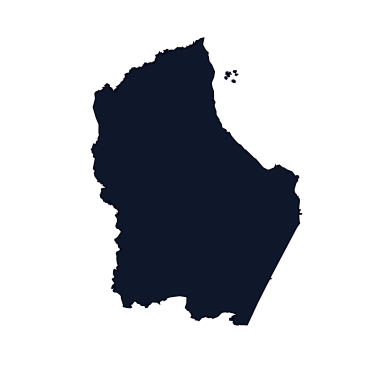 Rembang, Jawa Tengah, Indonesia (Robinson projection), rotated 72°
{"feature_id": "22746128B94981829239468", "entity_name": "Rembang", "entity_type": "district", "adm_level": 2, "iso_a3": "IDN", "parent_name": "Indonesia", "parent_adm1": "Jawa Tengah", "projection": "robinson", "projection_center": [111.414, -6.77], "detail": "fine", "context": "isolated", "style": "filled", "palette": "ink", "viewbox_px": 384, "rotation_deg": 72, "n_neighbors": 0, "source": "geoboundaries", "source_scale": "gbopen_adm2", "svg_char_len": 5929}
<svg xmlns="http://www.w3.org/2000/svg" viewBox="0 0 384 384"><g transform="rotate(72 192 192)"><path d="M262.4,297.2L264.2,293.8L267.8,291.5L269.4,291.2L271.4,291.8L278.1,291.8L279.6,292.5L281.3,290.0L283.0,286.0L282.7,285.2L279.6,285.9L279.9,283.7L277.9,281.1L278.1,279.1L281.1,277.8L281.2,276.8L282.4,275.7L284.1,275.1L285.2,271.9L287.5,271.5L287.6,270.0L286.4,268.7L284.8,269.6L285.8,266.9L284.0,263.8L286.0,258.8L287.9,257.5L286.5,257.3L285.9,256.3L285.2,252.1L286.4,252.0L286.1,249.9L285.4,250.0L284.8,248.4L284.7,245.8L286.5,235.8L290.0,228.9L296.3,231.1L300.0,233.9L303.1,232.5L304.4,230.8L306.0,230.8L307.5,229.9L308.2,230.2L308.8,229.6L311.0,231.4L313.3,228.0L314.5,228.0L315.5,225.9L316.3,225.2L314.2,221.5L314.6,219.2L313.8,218.3L316.5,214.9L317.0,211.9L318.3,211.4L318.1,206.2L315.5,201.0L315.9,197.6L317.1,195.4L317.5,192.7L318.4,192.2L319.5,190.0L321.7,187.6L323.0,187.1L323.2,187.7L322.6,190.4L323.0,190.7L323.0,192.2L323.8,192.6L324.9,191.2L325.3,191.6L324.0,194.8L324.2,195.3L325.5,195.5L326.5,192.7L327.9,192.3L329.2,193.1L330.2,192.3L330.9,192.5L332.6,189.2L332.2,188.2L333.4,185.9L333.1,184.5L333.6,184.7L335.2,180.6L317.8,164.5L303.5,150.3L298.6,145.2L298.7,143.9L298.0,144.4L296.3,143.2L257.8,103.5L254.7,99.4L252.9,99.4L246.0,97.6L246.7,94.8L246.5,94.7L245.8,97.3L245.4,97.1L245.6,96.1L245.3,96.8L244.4,96.6L242.9,95.9L242.9,95.1L242.3,94.9L242.1,95.8L241.0,96.1L233.7,92.8L231.7,92.4L230.6,93.0L229.0,92.8L228.5,93.9L226.5,93.9L225.5,94.6L223.5,94.9L220.9,94.3L215.3,90.5L213.5,88.0L212.1,88.2L211.0,86.1L209.9,86.1L209.1,86.7L209.1,89.1L203.8,90.9L200.5,95.0L197.8,97.1L197.2,98.4L193.6,100.7L193.4,102.4L193.9,104.0L193.7,104.6L193.0,104.5L194.7,106.1L195.2,112.3L194.6,113.6L191.0,117.1L180.5,121.5L179.1,122.8L168.8,128.2L168.4,129.1L162.9,131.2L160.6,133.4L156.7,135.4L151.0,137.6L147.2,138.2L147.3,138.8L146.4,139.5L146.3,140.9L144.3,141.4L144.2,140.6L143.8,140.6L142.2,141.9L142.2,142.4L140.0,143.9L136.6,143.4L133.7,144.1L133.6,144.7L131.6,144.1L126.2,145.5L122.6,144.5L117.4,144.6L114.2,143.5L114.3,142.9L113.6,142.6L113.4,143.1L111.7,142.8L111.1,144.0L110.0,142.9L103.0,140.7L98.3,140.8L94.0,140.1L89.3,136.1L84.4,133.6L77.2,134.3L73.1,135.7L67.9,134.8L67.1,135.1L64.5,133.8L61.6,135.4L56.3,136.5L54.8,136.5L49.3,133.4L49.0,136.4L50.0,138.9L49.6,141.1L50.5,142.0L50.9,141.1L51.4,142.4L52.0,142.5L51.7,143.8L50.8,144.2L52.7,144.7L51.7,145.1L52.9,146.2L52.3,146.9L52.9,147.7L52.2,148.5L53.2,148.8L53.5,148.3L54.2,148.9L53.2,149.7L52.3,149.1L52.9,151.3L52.4,151.8L53.5,152.0L53.6,152.8L54.5,153.2L53.2,152.8L53.2,155.3L52.4,155.6L52.6,156.6L51.6,156.7L52.6,158.3L51.5,158.2L51.1,159.2L51.4,159.6L50.3,161.1L52.0,165.4L51.1,167.2L51.3,168.1L50.7,168.4L50.6,169.7L51.4,169.9L51.2,170.9L50.4,171.7L49.3,171.1L48.8,171.7L48.9,172.5L49.7,173.2L49.2,174.4L50.0,174.0L50.3,174.6L51.1,173.3L51.1,174.2L52.0,174.6L51.1,175.5L52.1,175.6L51.6,176.8L52.2,177.6L50.4,178.1L50.7,179.2L49.1,179.6L51.5,182.1L50.8,182.4L51.0,184.7L51.5,183.5L52.0,183.9L52.7,183.4L54.1,184.7L53.8,185.0L54.2,185.4L55.5,185.2L55.3,186.1L56.7,186.7L56.6,187.5L57.3,187.9L56.6,188.7L57.6,189.8L56.8,190.2L57.0,192.2L56.5,192.2L56.8,192.6L56.3,193.1L56.5,195.0L57.1,195.2L56.2,196.1L55.4,195.8L55.0,197.0L56.0,198.1L56.3,197.5L56.4,198.8L57.4,198.3L58.2,199.4L57.4,199.7L57.4,200.3L58.6,201.6L57.8,202.6L58.0,203.5L57.2,203.7L58.7,205.2L58.1,206.0L57.5,205.6L57.4,207.7L56.2,208.0L55.9,210.8L57.2,211.8L57.1,213.2L59.8,214.7L59.3,217.0L59.6,219.0L60.5,218.3L61.1,219.5L62.2,218.9L63.5,221.7L64.8,221.9L65.2,223.2L66.3,223.7L65.7,224.4L66.1,225.6L67.2,226.1L67.6,227.6L68.2,227.7L68.2,229.4L69.1,229.8L68.8,230.9L70.7,230.5L71.1,231.8L70.5,232.2L71.0,233.7L72.2,233.5L71.8,233.9L72.0,235.6L70.5,236.7L70.1,236.4L69.9,237.1L69.2,236.7L69.3,237.2L68.6,237.6L67.6,236.5L67.9,237.2L66.7,238.4L64.8,237.8L62.9,239.4L63.7,241.3L64.0,240.6L65.3,241.2L65.5,244.3L66.6,243.8L67.3,244.7L67.0,245.7L68.0,246.9L67.3,248.3L67.5,249.4L66.9,249.6L68.2,251.7L67.3,251.7L67.6,252.9L68.5,253.8L73.4,254.7L80.9,259.6L91.9,259.9L99.0,259.3L107.0,262.0L109.3,262.1L111.7,264.4L114.5,265.3L114.6,266.9L117.0,268.4L117.1,269.6L116.2,270.7L118.5,272.4L119.2,272.2L120.4,274.4L122.0,273.9L123.1,274.5L125.8,273.5L128.0,274.7L129.5,273.3L130.4,273.4L139.1,278.3L140.4,278.1L141.2,277.3L143.2,277.9L143.7,278.8L146.6,279.2L151.9,277.6L152.8,278.1L154.5,275.6L155.6,275.8L156.3,275.2L156.3,273.5L157.5,273.4L158.2,274.3L161.1,271.9L161.9,273.2L161.1,276.3L161.5,277.2L163.6,277.4L164.8,278.6L165.5,278.4L166.3,279.9L169.0,280.2L171.7,278.4L173.1,278.7L173.8,277.6L174.8,277.4L176.2,274.6L175.5,273.4L176.2,273.1L177.2,274.9L177.6,274.8L177.7,274.1L178.8,273.3L177.9,272.1L178.9,272.0L180.1,270.1L180.5,270.0L180.5,270.6L181.2,270.1L181.8,270.7L182.7,270.4L183.0,270.1L182.5,269.8L183.6,269.8L183.5,269.2L187.0,267.5L189.9,268.7L189.4,269.5L190.7,269.3L190.2,271.3L190.7,271.9L194.1,270.9L196.7,271.6L201.0,274.8L203.0,274.5L204.2,272.6L208.1,271.0L212.3,276.5L213.3,278.7L213.2,279.8L214.2,280.1L215.5,279.4L216.8,279.6L218.7,277.8L219.4,278.4L220.7,278.1L221.5,278.7L224.6,276.8L224.7,277.8L225.9,278.9L226.0,281.8L227.1,282.8L230.1,282.9L231.8,283.8L236.4,284.7L239.7,284.6L239.8,285.7L240.9,287.1L242.6,286.4L243.8,287.3L241.8,289.8L243.1,290.9L245.9,291.9L248.9,291.3L250.3,292.7L250.0,293.6L250.3,294.5L253.1,294.0L253.8,293.0L255.4,293.7L256.6,296.3L258.6,297.9L258.9,297.5L258.2,294.8L259.4,295.1L261.4,297.2L262.4,297.2ZM99.0,119.6L100.5,118.6L100.8,117.2L99.8,116.8L98.5,117.7L98.3,119.1L99.0,119.6ZM92.2,122.5L93.5,121.6L93.6,120.8L91.4,120.6L91.0,122.5L92.2,122.5ZM91.0,115.1L91.8,113.9L91.2,112.9L90.5,112.7L89.7,114.5L90.3,115.3L91.0,115.1ZM90.2,123.1L90.5,121.3L88.9,121.0L88.8,122.5L90.2,123.1ZM94.4,125.3L95.2,124.5L94.6,123.5L93.5,123.7L92.9,124.6L93.0,125.2L94.4,125.3ZM91.3,119.8L91.7,118.6L90.1,118.9L90.4,119.8L91.3,119.8ZM94.1,114.5L94.7,113.9L94.2,112.6L93.4,114.0L94.1,114.5Z" fill="#0f172a" stroke="#020617" stroke-width="1.5"/></g></svg>